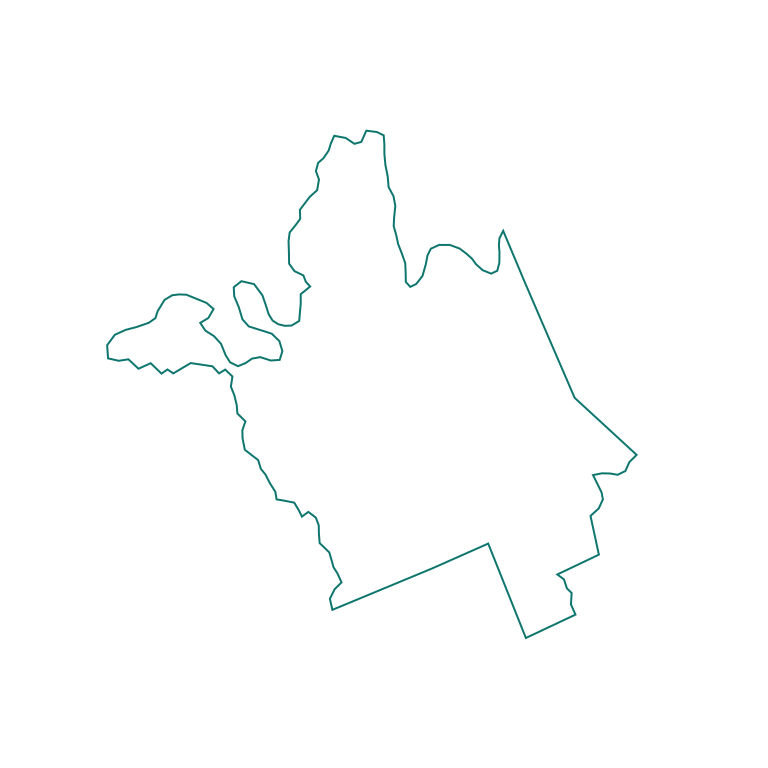 Coronel Freitas, Santa Catarina, Brazil (Albers equal-area conic projection), rotated 24°
{"feature_id": "56859067B46067281388055", "entity_name": "Coronel Freitas", "entity_type": "district", "adm_level": 2, "iso_a3": "BRA", "parent_name": "Brazil", "parent_adm1": "Santa Catarina", "projection": "albers", "projection_center": [-52.766, -26.88], "detail": "fine", "context": "isolated", "style": "outline", "palette": "teal", "viewbox_px": 768, "rotation_deg": 24, "n_neighbors": 0, "source": "geoboundaries", "source_scale": "gbopen_adm2", "svg_char_len": 2361}
<svg xmlns="http://www.w3.org/2000/svg" viewBox="0 0 768 768"><g transform="rotate(24 384 384)"><path d="M147.6,409.6L148.4,416.8L144.2,423.8L139.4,428.3L134.3,433.0L126.0,439.6L118.1,448.5L115.3,461.2L121.5,472.8L132.2,470.7L140.5,465.4L153.5,469.9L162.4,459.9L176.5,465.0L180.3,458.8L187.2,460.0L198.9,443.5L220.1,437.6L229.0,441.4L233.1,435.4L242.5,438.8L245.2,448.7L252.0,455.3L257.9,463.0L262.1,470.6L272.6,474.5L273.4,483.8L276.8,491.0L283.6,500.7L292.1,502.8L300.0,504.7L306.0,511.6L312.5,514.9L320.2,521.1L328.5,526.6L332.8,533.1L339.7,531.3L350.3,528.9L357.5,534.0L363.0,538.5L366.9,531.6L376.1,533.8L381.9,539.7L385.1,546.6L389.9,555.5L402.5,560.1L408.1,566.7L412.5,572.0L418.4,575.9L425.9,582.5L422.4,591.4L421.9,602.2L428.7,611.3L503.1,532.8L544.1,487.4L616.9,558.3L652.7,516.8L644.5,509.4L640.4,498.6L634.2,496.3L627.9,489.3L619.8,487.5L649.7,452.5L626.3,420.5L630.8,410.3L630.9,400.4L627.0,394.7L620.6,389.3L612.0,382.2L619.5,376.9L627.0,373.8L634.4,371.9L639.9,365.3L639.9,355.6L643.6,346.0L563.8,319.1L472.1,234.6L430.6,195.6L430.2,204.0L432.6,210.6L435.9,216.7L440.1,226.4L441.4,234.5L437.0,239.6L427.8,239.9L419.5,237.2L413.3,233.7L406.2,231.4L397.9,229.5L387.6,230.2L377.7,234.6L371.8,241.3L371.4,248.7L373.5,257.6L375.2,269.6L372.8,279.5L368.5,284.6L362.4,281.9L359.0,274.5L354.2,264.9L347.0,257.3L340.0,250.4L334.6,243.0L328.7,235.9L325.7,228.3L321.9,216.7L316.3,208.6L308.1,202.2L302.9,192.8L296.3,183.5L290.9,173.9L286.8,164.8L282.6,157.0L275.0,156.7L264.8,159.8L264.8,172.1L259.3,176.6L248.9,174.8L237.6,177.5L237.6,185.7L238.5,193.2L236.9,202.2L233.9,208.8L235.2,217.2L241.4,223.6L244.1,234.1L240.0,243.3L238.0,251.9L236.3,259.1L240.3,267.2L238.7,274.5L236.2,283.9L238.7,292.3L243.4,302.0L248.4,312.7L256.3,317.3L266.2,317.6L271.0,322.4L276.9,325.0L271.4,335.8L275.4,344.8L278.5,354.0L280.9,360.9L275.8,368.2L269.7,371.2L263.1,372.4L256.5,371.4L250.4,367.3L242.9,358.9L236.9,352.5L224.7,345.6L211.9,348.1L207.4,356.7L211.5,364.8L220.1,372.9L228.4,382.5L237.0,386.4L247.6,385.2L254.4,384.4L261.0,383.7L271.0,387.4L277.8,395.3L278.9,404.4L271.0,408.6L260.0,409.8L253.1,414.5L249.1,421.1L243.4,427.1L234.6,426.8L227.6,422.1L218.8,413.6L209.2,409.4L199.1,407.9L191.3,402.9L196.7,395.1L197.8,384.8L188.9,382.1L176.7,382.5L167.2,382.8L160.4,385.5L154.5,389.0L149.3,396.4L147.6,409.6Z" fill="none" stroke="#0f766e" stroke-width="2"/></g></svg>